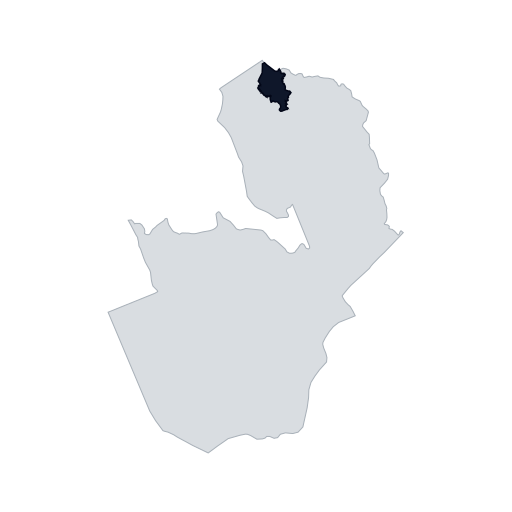 Mpulungu, Northern, Zambia (highlighted), rotated 338°
{"feature_id": "96606910B10449137451116", "entity_name": "Mpulungu", "entity_type": "district", "adm_level": 2, "iso_a3": "ZMB", "parent_name": "Zambia", "parent_adm1": "Northern", "projection": "equal_earth", "projection_center": [30.995, -8.984], "detail": "fine", "context": "in_parent", "style": "filled", "palette": "ink", "viewbox_px": 512, "rotation_deg": 338, "n_neighbors": 0, "source": "geoboundaries", "source_scale": "gbopen_adm2", "svg_char_len": 8501}
<svg xmlns="http://www.w3.org/2000/svg" viewBox="0 0 512 512"><g transform="rotate(338 256 256)"><path d="M325.6,348.6L307.7,348.6L301.2,350.5L295.8,353.4L289.5,357.9L285.8,361.1L284.8,362.8L284.3,366.6L284.3,372.6L283.7,376.8L281.7,380.7L272.1,385.4L265.8,389.3L259.6,393.8L254.9,399.8L251.7,407.0L246.5,416.0L235.4,432.1L229.0,435.1L223.6,434.4L217.0,431.0L211.8,430.4L208.0,432.5L204.5,431.8L201.2,428.5L198.4,427.3L196.2,428.2L193.4,428.0L188.2,426.2L183.7,420.4L181.3,418.1L179.4,417.2L174.0,416.2L161.8,414.9L149.1,417.8L137.9,420.7L126.3,407.9L115.1,394.3L112.7,390.9L108.5,386.4L105.5,384.2L104.3,383.1L101.2,371.0L99.4,359.9L97.8,252.7L148.3,252.7L151.5,252.2L151.6,251.1L149.2,245.4L149.3,243.3L149.9,239.4L152.1,231.6L152.2,229.0L151.1,220.5L151.1,215.8L151.6,206.2L151.2,202.9L152.4,198.6L152.8,195.8L153.2,194.5L152.6,191.3L151.5,179.8L150.9,175.0L153.9,175.8L154.9,178.1L155.5,180.7L156.9,180.8L160.5,182.3L161.8,184.5L162.7,189.0L162.2,191.4L161.0,193.3L162.2,195.0L164.6,196.1L166.0,195.7L170.1,192.6L173.8,191.5L175.7,190.6L184.1,188.6L185.7,187.5L186.9,187.5L187.7,188.4L187.0,191.6L186.8,194.5L187.8,199.9L188.6,202.5L190.4,204.3L191.6,205.3L193.1,207.2L196.0,206.9L202.4,209.7L204.3,211.0L207.0,212.2L208.9,212.7L215.5,213.7L222.5,215.2L226.1,215.4L228.7,215.0L230.5,214.2L231.6,213.3L232.1,212.5L234.6,202.2L236.0,201.4L237.7,200.9L238.7,201.8L239.9,208.3L244.9,214.2L246.7,219.1L247.9,223.4L249.0,224.5L251.0,226.0L254.0,226.5L256.7,226.6L270.3,233.8L271.8,235.1L273.5,239.0L274.5,243.3L275.6,246.7L277.3,247.4L278.9,247.6L280.5,250.0L281.6,252.0L285.7,260.5L286.2,263.8L288.2,266.1L290.8,267.0L293.3,267.2L294.7,266.2L298.1,264.4L300.8,262.4L302.8,261.7L303.9,262.1L304.8,263.5L305.4,267.7L307.3,269.2L308.8,268.6L309.3,267.0L309.3,266.1L309.2,221.9L308.0,222.2L306.4,223.5L302.9,223.6L301.5,224.6L301.0,226.0L301.3,227.8L301.4,230.3L300.9,231.5L299.3,232.0L297.0,231.0L292.9,229.7L289.4,228.9L287.0,225.6L283.6,220.6L281.4,218.1L276.1,212.9L275.2,211.8L273.6,209.4L272.2,205.2L270.9,200.4L270.2,197.4L271.4,192.7L274.5,177.3L275.2,172.5L277.7,167.6L277.9,163.3L276.9,157.7L277.1,154.6L277.4,137.0L276.7,131.4L275.0,125.2L271.1,116.6L271.1,114.8L277.0,109.2L278.7,107.1L281.8,102.5L283.8,98.7L285.2,95.5L285.6,91.5L284.6,87.6L286.6,86.9L335.1,76.9L335.8,79.6L337.3,84.0L338.9,87.2L341.0,90.0L342.8,91.8L344.0,92.3L351.4,92.1L354.1,93.8L356.4,96.0L357.0,99.4L358.6,101.5L360.2,103.2L360.9,103.4L362.2,103.0L364.1,102.9L366.0,103.7L366.9,104.4L367.0,107.2L367.5,108.5L370.1,109.0L372.6,109.2L375.1,111.1L377.8,111.5L380.9,112.2L382.3,114.3L385.6,116.4L389.7,118.3L394.1,121.4L394.2,122.4L395.0,124.3L395.7,125.6L395.8,127.5L396.2,129.3L397.3,129.8L398.3,129.9L399.1,128.6L400.3,128.6L401.6,129.5L402.1,131.5L403.1,134.3L404.7,136.3L405.8,138.1L405.4,141.5L404.7,144.5L406.9,147.6L409.8,150.5L410.6,151.7L410.8,156.0L411.3,157.5L413.2,161.0L414.2,163.4L414.1,164.8L408.8,171.8L405.6,172.9L404.1,174.3L403.3,175.8L405.4,182.8L406.5,185.5L405.5,188.8L403.4,194.5L402.4,195.0L402.3,199.3L402.9,200.8L403.9,202.0L404.3,204.9L404.2,212.2L402.9,220.3L405.3,227.5L406.1,228.3L409.4,228.3L409.9,228.9L409.1,230.9L406.8,234.1L402.6,236.5L396.6,239.2L395.3,241.8L394.5,245.5L395.2,247.7L396.0,249.0L395.7,252.3L395.2,255.7L395.4,258.4L395.1,260.9L394.3,262.0L393.2,265.7L391.9,269.3L390.9,271.0L389.4,272.7L387.0,274.1L387.1,274.9L389.7,276.5L390.4,277.7L390.7,278.5L389.6,280.3L390.8,281.5L392.3,282.4L393.7,284.8L395.4,289.4L395.7,289.8L396.1,289.9L397.0,289.4L398.7,287.5L399.9,286.9L401.3,289.5L376.2,300.8L370.3,303.1L361.5,307.0L358.7,308.5L356.4,310.0L333.1,318.7L329.4,320.5L321.2,325.0L320.9,325.7L321.0,327.7L321.7,331.9L323.2,335.8L324.4,338.0L325.2,343.6L325.6,348.6Z" fill="#d9dde1" stroke="#a8b0b8" stroke-width="1"/><path d="M341.0,130.9L341.0,130.7L340.9,130.6L340.8,130.4L340.3,130.0L340.2,129.7L339.9,129.3L339.8,129.1L339.6,128.8L339.7,128.7L339.8,128.5L339.8,128.4L339.9,128.5L340.0,128.4L339.9,128.3L339.9,128.1L340.1,128.0L340.3,127.9L340.3,127.4L340.4,127.1L340.6,127.1L340.7,126.9L340.8,127.0L341.1,127.0L341.0,126.9L341.1,126.7L340.9,126.5L341.0,126.4L341.1,126.5L341.2,126.4L341.2,126.2L341.3,126.1L341.2,126.0L341.3,126.0L341.2,125.8L341.3,125.8L341.5,125.7L341.4,125.5L341.5,125.3L341.4,125.1L341.5,125.0L341.4,124.5L341.5,124.4L341.5,124.2L341.3,124.0L341.2,123.7L341.5,123.6L341.6,123.4L341.6,123.1L341.9,123.4L342.2,123.5L342.4,123.7L342.5,123.6L342.9,123.5L343.1,123.6L343.3,123.9L343.6,123.9L344.0,123.8L344.0,123.7L344.2,123.0L344.1,122.7L344.3,122.2L344.5,121.5L344.9,121.1L345.1,121.1L345.5,121.1L345.8,120.0L345.5,120.0L345.5,119.9L345.9,119.8L346.2,119.5L346.9,119.2L347.1,119.0L347.2,118.9L347.6,118.8L347.8,118.7L348.1,118.6L348.4,118.5L348.6,118.4L348.7,118.1L348.9,118.0L349.0,117.8L349.2,117.6L349.3,117.6L349.5,117.6L349.4,117.3L349.4,117.0L349.3,116.9L349.3,116.6L349.2,116.4L349.2,116.1L349.0,115.8L348.6,115.5L348.4,115.6L348.1,115.4L348.1,115.5L345.3,113.0L345.5,112.2L345.7,111.9L345.9,111.4L346.1,111.2L346.4,110.5L346.4,110.3L346.6,110.0L346.5,109.6L346.6,109.3L346.6,109.1L346.7,108.8L346.6,108.1L346.5,107.9L346.4,107.7L346.5,107.5L346.4,107.2L346.5,107.1L346.6,106.7L346.3,106.4L346.2,106.3L345.9,106.5L345.9,106.2L345.8,105.9L345.6,105.2L345.6,104.5L345.6,104.1L345.8,104.2L346.1,104.4L346.3,104.2L346.2,103.8L346.3,103.6L346.2,103.3L346.3,103.3L346.2,103.0L346.2,102.9L346.1,102.2L345.9,101.3L346.0,101.2L346.3,101.1L346.4,101.6L346.5,101.7L346.5,101.9L346.7,102.0L347.5,102.0L347.7,101.7L347.9,101.6L347.8,101.3L347.8,100.9L347.7,100.9L347.6,100.7L347.5,100.3L347.5,100.1L347.8,100.0L348.2,100.0L348.5,100.1L348.8,100.1L349.0,100.2L349.3,100.2L349.6,100.0L350.2,99.7L350.2,99.4L350.4,99.4L351.0,98.8L350.9,98.6L351.0,98.3L350.9,98.2L350.6,97.7L350.4,97.5L350.2,97.6L350.3,97.4L350.1,97.4L350.0,97.1L349.9,97.1L349.7,96.8L349.4,96.9L349.1,96.8L349.1,96.7L348.9,96.5L348.6,96.5L348.5,96.4L348.4,96.2L348.2,96.1L347.9,96.3L347.8,96.2L347.5,95.2L347.8,94.9L348.0,94.7L348.0,93.4L347.8,92.7L347.6,91.3L347.4,91.4L347.2,91.7L346.8,91.6L346.8,91.9L346.5,92.3L345.6,92.7L344.7,92.7L343.2,92.0L342.7,91.5L342.3,91.0L342.0,90.3L341.8,90.0L337.6,82.9L336.3,80.0L333.9,80.3L332.3,84.2L330.3,88.6L324.9,93.3L325.0,93.6L324.9,94.0L324.0,94.3L323.7,94.6L323.7,94.8L323.6,95.0L324.2,96.8L324.2,97.1L324.2,98.1L324.2,98.4L324.2,98.5L324.5,98.8L324.3,99.2L324.2,98.7L323.8,98.7L323.6,98.9L323.6,99.0L323.3,99.0L323.3,98.9L323.1,98.9L323.2,99.0L322.9,99.4L322.7,99.4L322.6,99.2L322.6,99.4L322.5,99.6L322.3,99.5L322.2,99.8L322.0,99.7L321.6,100.0L321.5,100.3L321.1,100.5L320.8,100.8L320.6,100.9L320.7,101.5L320.8,101.6L320.7,101.8L320.6,101.7L320.7,102.0L320.8,102.6L321.0,102.6L321.0,102.8L321.4,102.7L321.5,102.8L321.8,102.6L322.0,103.1L321.9,103.8L321.6,103.7L321.4,103.8L321.4,104.0L321.5,103.9L321.6,104.1L321.9,104.5L322.0,104.6L322.5,104.9L322.3,105.1L322.1,104.9L321.9,105.1L322.1,105.2L322.2,105.5L322.4,105.7L322.5,105.9L322.3,106.0L322.2,106.2L322.0,106.3L321.8,106.6L322.2,106.7L322.5,106.4L322.6,106.7L322.9,107.0L322.7,107.2L322.7,107.5L322.8,107.6L323.2,107.5L323.3,107.6L323.4,107.9L323.5,108.1L323.5,108.4L323.5,108.5L323.4,108.5L323.3,108.3L323.2,108.5L323.3,108.8L323.5,108.9L323.6,109.0L323.6,109.3L323.5,109.5L323.6,109.9L323.7,110.1L324.0,110.4L324.4,110.3L324.5,110.5L324.7,111.0L324.9,111.3L324.8,111.6L324.7,111.7L324.7,111.8L324.9,111.9L325.3,112.4L325.3,112.1L325.4,111.9L325.6,111.8L325.6,111.7L326.0,111.6L325.9,112.0L326.0,112.3L326.3,112.5L326.3,112.3L326.9,112.2L327.0,112.4L327.4,112.3L327.5,112.5L327.9,112.6L328.0,112.8L328.2,112.7L328.4,112.7L328.5,112.6L328.8,112.5L329.0,112.5L329.3,112.5L329.4,112.8L329.5,112.9L329.8,112.8L329.9,113.0L329.8,113.3L329.6,113.3L329.4,113.5L329.1,113.9L328.9,113.9L328.8,114.1L328.6,114.2L328.2,115.2L328.1,115.6L327.8,116.3L327.8,116.5L327.8,116.8L327.7,117.6L327.7,118.5L327.6,119.4L327.6,119.7L327.8,119.1L327.9,118.9L328.1,119.0L328.6,119.0L329.4,118.6L329.7,118.6L330.0,118.7L330.2,118.9L330.4,119.3L330.6,119.6L331.0,119.8L331.1,120.0L332.0,120.5L332.5,120.4L332.6,120.5L333.1,120.7L333.6,121.1L334.0,121.7L334.3,122.8L334.7,123.4L334.8,123.6L334.9,123.8L335.1,124.3L335.1,125.1L335.1,125.6L335.0,126.2L335.0,126.5L334.4,127.4L334.2,127.7L334.1,127.9L333.7,128.2L333.1,128.4L332.8,128.6L332.6,128.9L332.5,129.1L332.4,129.5L332.9,130.7L333.1,131.0L333.7,131.2L334.5,131.4L335.2,131.4L335.6,131.3L336.8,131.4L337.4,131.3L337.6,131.4L337.9,131.3L338.3,131.4L338.8,131.4L339.8,131.8L340.1,131.6L340.9,130.8L341.0,130.9Z" fill="#0f172a" stroke="#020617" stroke-width="1.5"/></g></svg>